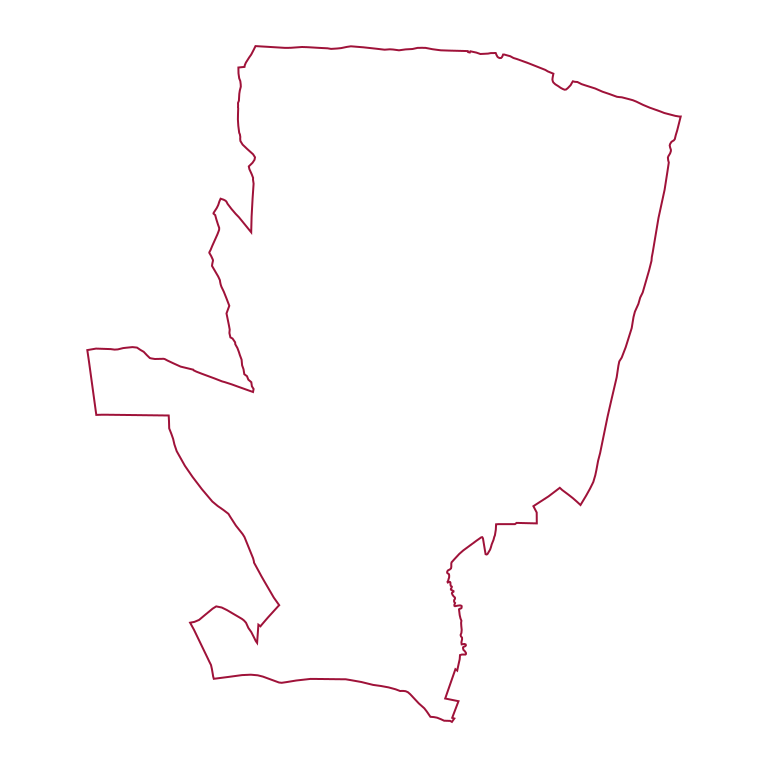 Hartop, Suceava, Romania (Mercator projection)
{"feature_id": "2599482B8879498815778", "entity_name": "Hartop", "entity_type": "district", "adm_level": 2, "iso_a3": "ROU", "parent_name": "Romania", "parent_adm1": "Suceava", "projection": "mercator", "projection_center": [26.364, 47.48], "detail": "fine", "context": "isolated", "style": "outline", "palette": "rose", "viewbox_px": 768, "rotation_deg": 0, "n_neighbors": 0, "source": "geoboundaries", "source_scale": "gbopen_adm2", "svg_char_len": 5980}
<svg xmlns="http://www.w3.org/2000/svg" viewBox="0 0 768 768"><path d="M213.8,678.8L227.9,677.0L242.0,675.1L250.8,674.7L257.7,675.3L262.9,676.6L279.0,682.5L281.7,682.8L286.5,682.1L296.3,680.5L310.6,678.9L320.7,679.0L345.8,679.3L350.6,680.1L361.3,682.0L373.1,684.9L381.0,686.0L388.6,687.4L395.6,689.3L400.1,691.0L403.0,690.9L405.6,691.2L407.9,692.2L410.1,694.1L418.8,703.4L424.3,708.3L426.7,711.4L430.4,716.8L434.0,717.1L437.1,717.7L441.1,719.3L444.1,720.7L447.2,720.8L450.1,720.9L451.9,721.9L454.3,718.5L452.2,717.8L455.0,710.4L458.5,701.2L445.2,698.5L455.4,669.2L457.2,670.6L458.6,664.1L459.7,659.2L460.0,655.1L462.0,654.5L465.5,654.5L466.0,653.9L465.9,652.8L464.9,651.3L463.4,649.8L463.0,648.0L463.1,647.3L463.6,646.9L465.4,646.1L465.9,645.2L465.6,644.4L464.5,644.0L463.3,644.1L461.7,644.4L461.6,643.9L461.4,642.2L461.8,640.5L462.1,639.2L462.0,637.6L461.0,636.4L460.6,635.0L461.4,632.9L461.7,629.9L461.3,626.1L461.1,622.9L461.4,620.7L460.5,618.5L459.7,615.1L459.0,609.3L459.6,608.8L460.6,608.6L461.4,608.1L461.7,606.9L461.6,606.0L461.0,605.6L460.0,605.4L458.0,605.6L455.0,606.2L454.4,605.8L454.4,604.6L454.7,604.0L455.1,603.0L454.4,602.2L454.1,601.5L454.1,600.2L454.4,599.8L455.0,598.7L454.9,597.5L453.6,596.3L452.5,594.8L451.9,593.3L452.1,592.6L453.5,591.7L453.5,591.1L451.9,590.2L450.9,589.6L450.9,588.8L451.7,587.5L451.8,586.6L450.8,585.9L450.5,584.9L450.4,582.6L450.0,582.0L449.1,581.9L447.8,582.5L447.5,581.9L448.3,580.4L448.5,579.2L449.1,577.6L449.2,575.8L449.0,574.3L447.3,573.0L447.1,572.1L447.4,571.2L448.1,570.3L449.8,569.5L451.0,568.4L451.3,566.9L451.3,563.5L451.6,562.3L454.2,559.4L459.3,553.9L463.3,550.4L476.2,540.9L481.3,537.3L482.3,537.2L482.6,537.7L483.0,538.6L485.1,551.4L485.6,554.2L486.7,554.5L487.5,554.0L490.1,549.6L490.9,547.3L491.7,544.4L493.5,539.9L494.3,536.8L494.9,535.4L495.8,529.8L496.1,524.3L499.1,524.1L515.0,524.1L516.6,522.9L536.8,523.4L536.7,512.5L533.4,506.2L535.5,504.8L548.5,496.4L559.8,487.8L562.3,490.1L568.2,494.5L572.8,498.1L576.8,501.6L580.5,505.0L586.1,495.7L590.0,488.7L593.3,482.0L595.3,475.2L596.4,470.0L598.1,460.8L600.1,453.1L602.7,440.4L607.6,416.5L611.3,400.3L616.7,377.2L617.2,373.8L618.4,365.7L619.3,361.4L621.7,357.6L625.7,347.2L631.7,328.1L633.5,317.1L634.9,311.7L638.4,303.9L640.2,297.6L642.7,292.5L649.1,270.3L651.5,260.8L651.8,257.1L652.7,252.5L658.5,217.9L664.6,189.8L667.4,171.8L668.8,162.5L668.2,160.4L667.9,157.6L668.4,156.2L670.1,153.4L670.9,151.0L670.9,149.8L670.1,147.4L669.7,145.4L670.2,143.8L671.5,141.8L673.9,140.3L674.8,139.1L675.8,135.0L677.2,130.4L680.7,116.5L679.1,116.5L675.4,115.9L664.3,113.0L660.2,111.4L649.8,107.7L643.1,104.9L639.6,103.2L636.3,101.6L632.8,100.2L628.4,99.0L621.8,97.3L619.4,97.1L617.0,96.8L609.3,94.0L602.5,91.7L595.2,88.5L584.8,85.2L581.5,84.1L577.4,82.0L574.7,81.8L572.9,81.3L572.1,82.5L570.6,85.2L567.8,88.1L566.1,89.5L564.6,89.7L562.8,89.0L560.6,87.8L558.5,86.3L555.3,84.3L553.3,82.4L552.7,81.0L552.4,79.4L552.7,77.2L553.4,73.7L547.8,71.4L545.3,69.9L528.4,63.2L516.8,59.0L513.5,58.0L510.2,56.2L507.6,55.5L504.1,54.5L503.1,54.5L502.5,56.1L502.1,56.9L501.2,57.9L499.9,58.1L498.5,57.6L497.5,56.8L496.6,55.2L495.7,53.0L490.7,53.1L488.0,53.6L480.4,54.0L476.4,52.6L470.4,51.3L469.8,52.5L468.1,52.1L467.8,51.1L464.8,51.0L449.3,50.6L440.8,50.3L437.6,49.9L432.4,49.2L428.8,48.5L425.6,47.9L421.9,47.8L417.5,47.9L412.5,49.0L405.6,49.4L399.0,50.3L393.0,49.5L389.8,49.3L384.6,49.7L376.1,48.7L363.3,47.3L350.9,46.3L346.9,46.9L341.1,48.1L337.2,48.5L331.1,48.9L327.5,48.3L319.5,47.9L307.8,47.2L302.0,47.0L290.7,47.8L285.4,47.9L267.4,46.8L255.5,46.1L253.9,49.4L251.2,54.6L249.2,57.4L245.9,62.6L244.8,65.2L244.5,66.9L238.4,67.5L238.5,73.4L239.2,78.3L240.3,81.1L240.7,84.3L240.8,86.7L239.8,90.6L239.3,93.8L238.9,100.7L238.0,103.0L238.1,105.3L238.0,107.5L238.2,108.1L238.0,114.1L237.9,119.5L238.3,125.8L239.2,132.8L239.9,134.4L240.3,136.9L240.2,138.9L240.4,141.0L242.6,144.6L247.1,148.9L253.1,154.3L255.0,157.3L254.5,159.8L252.5,162.8L248.8,166.4L249.4,169.2L251.7,174.2L253.1,177.9L253.0,179.5L253.6,183.7L252.6,198.3L251.6,216.5L251.2,232.3L238.9,217.2L235.7,213.9L231.5,209.0L227.6,203.9L226.4,201.6L225.5,200.7L223.6,199.7L221.2,198.9L220.6,198.7L219.4,201.4L218.2,205.1L216.7,208.1L213.7,212.7L213.5,213.6L215.2,215.1L216.3,219.2L218.0,224.6L219.2,227.9L219.1,229.9L218.4,231.8L217.4,234.4L212.2,246.0L210.6,249.9L209.4,252.2L209.3,252.7L209.4,253.0L211.2,256.1L212.8,259.6L213.0,260.6L212.3,263.7L212.0,265.9L216.5,273.6L218.2,276.5L219.9,280.2L220.2,282.3L220.7,284.6L221.4,286.7L223.8,291.7L226.4,298.2L229.3,305.8L226.5,313.4L228.9,325.2L229.7,329.6L229.4,333.0L230.4,337.4L232.5,338.5L235.1,342.3L235.3,344.3L237.4,348.0L239.0,352.3L239.8,354.9L241.6,359.7L242.1,365.3L243.5,369.2L244.3,374.2L247.0,376.2L248.3,379.6L251.3,382.2L251.9,386.3L253.6,389.0L253.0,392.0L237.3,386.4L231.8,384.4L224.7,382.1L222.1,381.4L214.4,378.4L202.2,373.9L196.5,371.7L193.6,370.3L193.3,369.7L190.9,369.1L180.6,366.6L173.1,363.2L167.4,360.5L164.8,359.1L163.6,358.8L159.2,358.9L154.9,359.0L151.2,358.4L149.8,358.0L146.8,355.1L143.7,351.8L140.4,349.9L137.0,347.6L132.5,347.1L125.6,347.8L123.1,348.1L117.8,349.4L114.6,349.6L110.7,349.1L96.0,348.6L87.3,350.1L89.0,361.7L96.3,414.9L103.1,414.7L137.0,415.1L168.7,415.5L169.0,421.2L169.2,428.4L171.3,433.7L173.1,438.8L174.4,444.4L176.7,451.2L184.9,465.8L192.6,477.0L201.9,489.2L212.3,501.5L217.7,506.0L223.3,509.9L228.4,513.8L230.6,517.4L235.9,525.6L242.7,534.2L244.5,537.1L251.8,555.1L253.1,558.3L253.9,561.3L254.0,562.6L259.3,572.3L261.4,576.2L264.2,581.1L273.8,597.6L279.2,605.2L278.1,606.3L276.1,608.5L268.2,617.2L265.5,620.3L260.9,625.7L260.5,626.3L258.4,624.7L257.1,642.9L255.8,641.1L254.4,638.2L251.3,632.1L248.4,628.0L246.0,622.7L243.9,620.4L242.1,619.0L238.4,616.8L233.6,614.0L226.8,610.0L221.7,607.5L217.7,606.7L216.2,606.4L212.7,608.6L204.1,615.7L199.1,619.9L194.4,621.9L190.1,622.7L194.0,629.8L203.0,648.5L207.4,657.6L209.2,661.4L211.0,665.0L211.9,669.0L212.6,673.1L212.9,674.8L213.1,676.2L213.8,678.8Z" fill="none" stroke="#9f1239" stroke-width="2"/></svg>